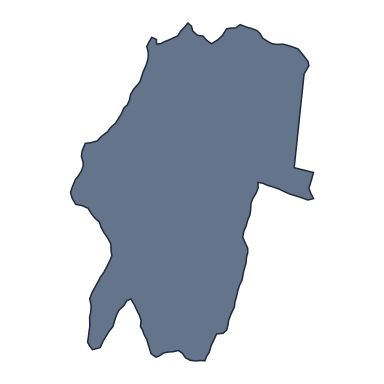 outline of Itagi, Bahia, Brazil
{"feature_id": "56859067B20920204159127", "entity_name": "Itagi", "entity_type": "district", "adm_level": 2, "iso_a3": "BRA", "parent_name": "Brazil", "parent_adm1": "Bahia", "projection": "mercator", "projection_center": [-40.033, -14.169], "detail": "fine", "context": "isolated", "style": "filled", "palette": "slate", "viewbox_px": 384, "rotation_deg": 0, "n_neighbors": 0, "source": "geoboundaries", "source_scale": "gbopen_adm2", "svg_char_len": 2246}
<svg xmlns="http://www.w3.org/2000/svg" viewBox="0 0 384 384"><path d="M308.9,65.6L307.9,61.2L303.4,55.4L298.2,49.0L290.5,46.2L283.4,44.2L276.7,44.4L272.0,43.7L267.7,41.4L262.7,38.2L260.0,33.5L256.9,30.5L251.3,28.4L247.4,27.4L240.1,24.6L235.7,28.0L231.3,28.0L226.5,28.8L222.5,35.5L217.7,39.9L211.5,43.7L207.0,40.6L202.9,36.0L197.5,35.3L192.8,31.1L191.5,26.2L187.9,23.0L185.0,26.6L180.6,31.3L177.6,36.0L173.1,38.0L169.0,39.9L164.4,41.7L160.7,43.7L156.5,44.1L156.5,39.5L151.7,37.3L149.3,41.4L146.8,46.4L148.3,52.8L148.1,58.4L146.2,65.0L143.1,71.9L141.2,77.8L139.7,82.3L133.8,89.0L130.6,94.3L129.4,100.3L127.2,105.0L123.8,108.1L121.3,114.0L118.6,118.2L115.6,123.1L110.9,127.3L107.4,131.8L101.2,136.6L97.3,140.9L90.4,142.8L85.3,143.3L82.2,150.6L81.4,156.4L83.1,162.3L83.1,166.4L81.2,171.4L78.4,175.7L75.6,179.2L73.5,184.1L71.9,188.1L70.5,192.6L72.3,198.6L75.8,204.4L81.6,205.4L88.1,208.3L91.3,213.6L95.1,218.3L99.5,222.3L101.0,227.2L104.0,232.7L107.7,238.0L110.9,244.0L111.0,250.9L111.9,255.5L110.4,259.3L107.4,265.6L103.6,272.7L100.3,277.3L97.8,282.2L94.9,287.3L92.1,292.4L89.7,298.8L91.1,305.4L90.8,311.7L89.6,317.2L89.8,325.9L88.7,334.3L87.6,342.3L89.8,346.2L92.5,349.7L100.3,347.5L102.7,341.8L105.4,337.4L108.9,331.6L113.0,326.4L114.7,320.3L116.9,314.2L119.0,310.2L123.8,305.7L126.8,300.6L130.9,299.0L134.3,304.7L137.1,310.8L139.4,315.3L141.0,320.3L140.5,326.8L142.7,330.3L144.0,334.4L146.7,339.4L148.8,346.5L151.1,353.7L156.0,357.2L159.7,355.6L163.6,353.0L167.6,352.1L173.4,351.7L178.4,350.5L182.3,353.2L185.5,357.8L190.2,360.3L196.3,361.0L200.5,360.5L204.9,360.8L206.6,356.4L209.2,352.3L211.1,345.7L213.7,340.4L216.6,333.9L223.2,333.3L226.8,329.9L228.0,324.8L228.7,320.1L231.1,313.9L234.3,307.3L235.0,301.7L236.4,297.0L237.9,290.4L239.7,284.9L242.1,279.9L243.8,270.9L246.0,263.2L246.6,256.9L247.8,252.7L247.7,248.2L245.5,243.5L242.7,237.1L243.8,231.6L246.1,226.1L247.8,219.8L249.8,215.3L250.7,209.6L250.9,203.6L253.0,198.1L256.0,193.4L258.2,187.8L258.0,182.4L262.7,183.2L267.2,185.2L273.1,187.0L279.1,189.1L285.3,192.1L290.2,194.2L294.9,195.6L298.7,196.8L302.6,198.1L307.9,200.0L313.5,198.6L310.9,193.6L308.9,188.3L311.6,179.5L313.5,172.5L294.2,167.7L304.1,73.8L306.4,70.1L308.9,65.6Z" fill="#64748b" stroke="#1e293b" stroke-width="1.5"/></svg>